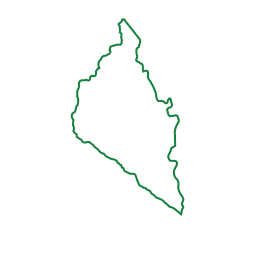 the district of São João das Missões, Minas Gerais, Brazil, rotated 245°
{"feature_id": "56859067B77919866455333", "entity_name": "São João das Missões", "entity_type": "district", "adm_level": 2, "iso_a3": "BRA", "parent_name": "Brazil", "parent_adm1": "Minas Gerais", "projection": "mercator", "projection_center": [-44.236, -14.88], "detail": "fine", "context": "isolated", "style": "outline", "palette": "green", "viewbox_px": 256, "rotation_deg": 245, "n_neighbors": 0, "source": "geoboundaries", "source_scale": "gbopen_adm2", "svg_char_len": 3832}
<svg xmlns="http://www.w3.org/2000/svg" viewBox="0 0 256 256"><g transform="rotate(245 128 128)"><path d="M228.2,170.3L228.6,168.5L227.3,167.4L226.6,165.5L226.5,163.7L225.3,163.1L224.1,163.7L222.9,163.1L221.6,162.6L219.8,162.0L218.2,161.0L216.0,161.9L214.4,160.9L212.4,159.9L210.2,159.7L209.0,158.6L207.4,158.0L206.7,156.2L207.6,154.6L208.2,153.0L208.5,151.0L208.8,149.6L209.0,148.2L209.0,146.3L207.3,145.1L206.5,144.1L204.8,144.5L203.6,143.3L203.0,142.1L203.2,140.2L202.9,138.2L203.6,136.6L203.2,134.3L202.1,133.1L201.3,131.7L200.8,130.1L199.0,128.5L197.2,127.7L195.9,127.5L194.3,127.2L194.8,126.0L193.7,124.5L192.9,122.9L191.3,122.2L189.8,121.4L189.3,120.2L189.4,118.6L190.6,117.5L190.5,115.7L189.3,114.6L188.1,114.0L187.6,112.8L188.1,111.5L189.3,110.7L189.6,109.2L190.1,107.5L190.8,106.2L190.9,104.6L189.9,102.9L188.5,101.9L187.3,101.8L186.0,100.9L184.9,100.0L184.0,98.7L182.7,97.5L180.6,96.6L179.1,95.8L177.7,95.1L176.2,95.3L173.9,94.5L171.8,93.3L170.4,92.3L169.7,91.1L168.8,89.8L167.5,89.0L166.4,87.9L165.2,87.0L164.9,85.6L164.6,83.9L163.6,82.6L161.6,81.6L159.9,81.7L158.2,81.9L156.6,80.7L155.0,80.1L153.8,79.3L152.6,79.4L151.0,79.1L149.4,78.2L148.4,77.2L147.0,77.4L145.5,77.9L144.3,78.7L142.8,78.4L141.6,77.8L140.3,78.6L138.8,79.4L137.5,80.5L136.3,80.9L135.1,80.9L133.9,81.6L132.9,83.0L132.6,85.0L131.6,87.1L129.7,87.9L127.9,89.0L126.1,89.6L124.8,89.8L123.6,90.5L121.9,91.5L120.1,91.9L118.6,92.4L117.4,92.9L116.3,93.5L115.1,95.1L113.3,95.6L111.6,96.2L110.1,97.5L108.4,98.5L107.4,99.5L106.5,100.6L105.6,101.8L104.0,103.3L102.6,104.0L101.0,103.9L99.8,104.8L98.5,105.0L97.2,106.2L96.0,105.9L94.7,105.8L93.8,106.8L92.2,106.7L90.2,106.8L88.8,108.1L87.4,109.1L86.1,110.2L85.2,111.3L84.6,112.9L83.6,114.3L82.5,114.9L81.0,114.7L79.7,114.6L78.5,114.5L76.9,114.3L75.4,114.2L73.8,114.3L72.0,114.0L70.4,114.6L69.0,115.9L67.4,116.7L66.5,118.1L65.2,118.8L63.7,119.5L62.5,120.7L61.2,121.5L59.9,121.4L58.3,121.8L56.9,122.8L55.5,123.4L53.3,124.2L51.8,125.5L50.5,126.6L48.8,128.2L47.1,129.1L45.3,129.7L43.7,130.5L42.5,131.1L41.1,131.6L39.6,132.1L38.7,132.8L37.7,134.0L36.5,135.1L35.4,135.8L33.9,136.7L32.4,137.2L31.2,137.9L30.0,138.5L28.8,139.0L27.4,139.6L28.8,140.8L30.2,141.6L31.5,142.9L32.7,144.6L34.2,144.8L35.6,144.5L37.3,145.5L38.4,146.7L39.6,147.9L41.5,148.3L43.5,148.1L45.1,147.8L47.2,147.6L49.1,147.6L50.5,147.8L52.0,148.0L53.4,148.6L54.8,149.5L56.3,150.3L58.3,150.9L60.0,150.8L61.7,150.4L63.1,150.0L64.5,149.9L66.3,150.1L67.7,150.5L68.9,151.1L70.0,151.8L70.9,152.8L71.9,154.0L73.5,156.1L75.3,157.5L76.9,157.8L78.2,156.8L79.2,154.9L79.9,153.3L80.9,152.2L82.5,152.0L84.9,152.2L86.4,153.5L87.6,155.0L88.8,156.5L90.2,157.6L91.5,159.0L91.7,161.3L91.8,163.0L92.8,163.7L94.7,164.4L96.1,165.1L97.5,165.6L98.8,166.3L100.5,167.0L102.1,167.7L103.4,168.2L104.7,168.7L105.7,169.5L107.2,170.5L108.9,172.0L110.0,173.4L111.1,174.9L111.7,176.1L113.0,177.0L114.4,177.5L115.7,177.6L116.9,177.8L118.3,177.8L119.3,176.7L119.8,174.9L120.2,172.8L121.0,170.9L122.5,170.3L123.9,170.4L125.3,170.6L126.5,171.0L128.2,171.1L129.1,173.1L128.7,175.5L129.6,177.1L130.8,177.9L132.1,178.0L134.1,178.3L135.4,178.7L136.8,178.8L137.3,177.6L136.2,175.9L134.5,174.5L134.1,173.2L135.2,172.1L136.7,171.6L137.9,170.6L138.4,169.5L138.9,168.2L139.5,167.1L140.8,166.4L142.3,166.5L143.9,166.7L145.8,167.4L147.8,167.9L149.4,168.1L150.8,168.3L152.1,168.3L153.8,168.3L155.3,168.3L157.2,168.2L158.7,168.1L160.3,168.0L161.7,167.8L163.5,167.4L165.4,167.3L166.8,168.2L168.5,169.1L170.2,169.7L171.5,169.6L172.4,168.5L172.6,167.2L172.7,165.8L174.2,166.0L175.4,166.5L177.3,167.4L179.2,167.9L180.6,167.5L181.2,166.5L182.7,165.9L183.7,165.0L184.7,164.4L186.0,164.0L187.0,164.7L188.0,166.0L189.4,166.8L190.7,166.9L192.5,167.4L194.3,168.1L195.8,169.0L196.5,170.0L196.7,171.9L198.6,173.4L200.1,174.9L202.0,175.9L203.6,176.1L228.2,170.3Z" fill="none" stroke="#15803d" stroke-width="2"/></g></svg>